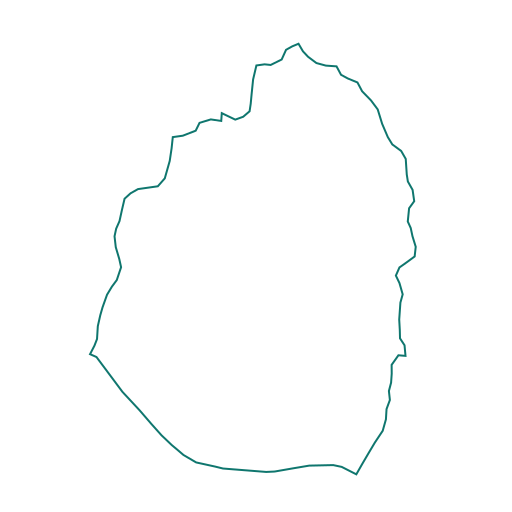 Mira Estrela, São Paulo, Brazil, rotated 184°
{"feature_id": "56859067B40110594007998", "entity_name": "Mira Estrela", "entity_type": "district", "adm_level": 2, "iso_a3": "BRA", "parent_name": "Brazil", "parent_adm1": "São Paulo", "projection": "robinson", "projection_center": [-50.128, -19.961], "detail": "fine", "context": "isolated", "style": "outline", "palette": "teal", "viewbox_px": 512, "rotation_deg": 184, "n_neighbors": 0, "source": "geoboundaries", "source_scale": "gbopen_adm2", "svg_char_len": 1486}
<svg xmlns="http://www.w3.org/2000/svg" viewBox="0 0 512 512"><g transform="rotate(184 256 256)"><path d="M140.7,45.2L135.5,56.0L129.8,67.5L124.4,78.2L117.4,90.5L115.0,102.1L115.1,112.4L112.4,121.7L114.0,130.6L112.4,139.1L112.4,148.0L113.1,156.9L107.0,166.9L99.9,166.8L101.6,177.3L106.6,183.9L107.4,192.3L108.7,202.6L108.7,219.6L107.0,228.0L111.0,239.0L115.1,246.2L112.1,254.6L105.0,260.4L97.7,266.6L97.3,276.3L101.3,286.7L103.6,294.7L107.0,301.0L106.6,314.3L102.0,321.7L104.4,332.9L109.7,340.9L111.3,347.9L113.4,363.3L118.5,370.9L127.8,376.8L132.8,383.8L139.4,396.7L144.8,410.7L152.1,419.2L161.6,427.7L166.9,436.2L176.8,439.5L183.8,442.7L188.9,450.8L199.6,450.8L209.2,452.7L218.0,458.4L223.4,463.4L228.4,470.7L234.4,467.7L240.4,463.8L244.1,453.8L254.7,447.6L260.8,447.8L268.9,446.1L271.2,431.9L271.7,416.1L271.9,407.5L272.5,399.9L278.5,394.0L286.2,390.6L300.1,396.1L300.1,388.3L310.6,389.1L321.6,384.9L324.9,376.8L337.4,370.9L347.3,368.8L347.7,357.6L348.7,344.8L352.4,327.1L358.8,318.7L378.4,314.5L385.5,309.8L391.1,304.0L392.9,292.9L394.6,281.3L397.4,273.5L398.5,265.8L396.5,255.0L392.2,243.5L389.8,235.4L393.2,222.3L397.6,215.4L401.9,207.0L405.5,194.1L407.2,186.1L408.9,175.0L408.8,162.1L410.9,155.3L414.7,146.5L408.1,144.1L389.5,122.5L379.7,111.1L361.4,94.0L348.4,80.9L337.7,70.5L326.7,61.4L321.7,57.8L314.4,52.4L301.3,45.9L282.2,43.1L274.1,41.7L230.7,41.3L222.3,42.3L204.5,46.7L188.3,50.6L164.4,52.8L155.8,51.6L140.7,45.2Z" fill="none" stroke="#0f766e" stroke-width="2"/></g></svg>